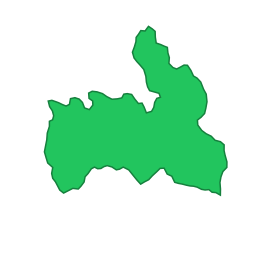 outline of Rosário da Limeira, Minas Gerais, Brazil, rotated 163°
{"feature_id": "56859067B49695156300233", "entity_name": "Rosário da Limeira", "entity_type": "district", "adm_level": 2, "iso_a3": "BRA", "parent_name": "Brazil", "parent_adm1": "Minas Gerais", "projection": "equal_earth", "projection_center": [-42.512, -20.982], "detail": "fine", "context": "isolated", "style": "filled", "palette": "green", "viewbox_px": 256, "rotation_deg": 163, "n_neighbors": 0, "source": "geoboundaries", "source_scale": "gbopen_adm2", "svg_char_len": 1934}
<svg xmlns="http://www.w3.org/2000/svg" viewBox="0 0 256 256"><g transform="rotate(163 128 128)"><path d="M41.0,83.8L43.6,87.9L48.3,90.8L50.8,95.8L55.0,99.7L58.2,104.1L60.4,110.4L59.3,115.3L55.0,116.9L50.5,119.5L47.7,124.3L44.8,130.0L43.3,137.5L44.4,142.9L45.0,150.7L47.4,155.6L50.2,158.6L51.0,164.6L52.8,170.6L56.0,171.8L60.2,170.9L64.2,170.2L67.4,172.7L70.0,177.8L67.9,183.2L67.9,188.0L66.8,193.6L69.7,195.9L72.3,198.2L76.2,201.0L75.3,206.9L73.8,212.5L75.9,215.8L78.7,219.2L83.3,215.8L87.3,217.4L90.4,214.7L93.7,212.3L95.2,208.2L98.1,203.8L101.6,199.2L101.7,193.1L100.1,188.9L98.0,184.5L95.8,179.4L95.8,172.2L97.0,166.4L97.2,161.6L96.4,157.4L92.5,154.9L88.2,152.1L88.0,147.9L91.8,147.9L95.0,144.7L97.3,140.2L100.6,137.0L106.0,137.1L106.5,143.3L107.3,147.7L110.9,148.4L113.0,153.5L114.7,159.0L118.7,161.1L122.1,161.6L125.1,158.6L129.7,159.0L134.9,160.2L139.1,164.2L142.3,168.3L147.0,171.6L151.5,173.6L155.4,172.9L156.6,167.7L153.9,164.2L154.9,160.2L159.6,156.9L163.7,159.9L164.1,165.8L166.2,169.9L169.9,172.5L174.4,172.9L177.1,167.7L180.8,167.1L184.0,169.7L187.0,172.5L189.8,174.6L192.7,176.7L196.4,177.1L196.7,171.3L195.3,166.5L195.5,161.4L197.7,157.9L201.2,157.4L202.7,152.5L206.7,146.7L209.1,140.5L212.2,134.7L214.9,129.6L215.0,123.8L215.0,118.0L211.5,112.3L214.3,106.8L214.7,101.9L213.1,97.7L212.2,93.0L211.4,88.6L208.6,84.6L204.1,85.4L198.4,86.4L193.4,84.2L190.0,86.1L185.8,89.2L183.3,93.9L179.6,96.1L175.0,99.7L171.5,100.4L168.9,97.9L165.8,97.2L162.3,98.1L158.9,98.1L154.7,95.4L151.4,91.4L148.1,91.1L144.0,92.0L139.5,87.7L136.8,80.9L134.7,75.7L132.3,70.6L127.8,71.7L123.3,72.5L118.7,75.2L113.3,77.8L109.1,80.0L105.2,79.0L104.0,72.5L100.2,69.1L99.2,62.4L95.8,60.2L92.5,58.5L88.8,56.2L85.5,54.4L82.4,53.2L79.1,51.2L75.7,47.9L72.4,46.2L68.6,45.4L66.4,42.0L62.8,40.5L59.3,36.8L57.4,42.6L56.0,49.0L53.4,54.1L50.0,58.6L45.0,61.4L43.3,66.7L43.1,74.1L42.7,78.4L41.0,83.8Z" fill="#22c55e" stroke="#15803d" stroke-width="1.5"/></g></svg>